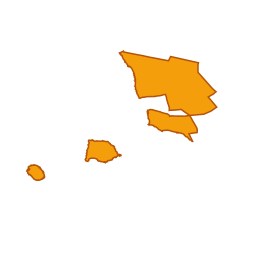 outline of Aiga i le Tai, A'ana, Samoa, rotated 301°
{"feature_id": "51752279B95310114006848", "entity_name": "Aiga i le Tai", "entity_type": "district", "adm_level": 2, "iso_a3": "WSM", "parent_name": "Samoa", "parent_adm1": "A'ana", "projection": "equal_earth", "projection_center": [-172.087, -13.857], "detail": "fine", "context": "isolated", "style": "filled", "palette": "amber", "viewbox_px": 256, "rotation_deg": 301, "n_neighbors": 0, "source": "geoboundaries", "source_scale": "gbopen_adm2", "svg_char_len": 5817}
<svg xmlns="http://www.w3.org/2000/svg" viewBox="0 0 256 256"><g transform="rotate(301 128 128)"><path d="M170.5,174.3L175.3,181.0L176.3,182.3L176.6,182.9L177.4,183.8L178.9,185.9L185.0,190.3L191.6,193.3L195.9,180.8L196.7,181.3L198.4,182.1L200.2,183.2L201.6,183.9L203.3,184.3L204.4,184.8L205.2,180.3L211.8,159.3L218.1,155.5L220.2,154.8L211.2,127.7L208.0,128.0L206.4,128.0L206.2,127.3L202.8,118.1L202.8,117.9L201.7,115.1L199.8,110.0L197.7,103.7L194.2,94.3L191.0,85.3L191.6,84.5L190.2,83.6L189.8,83.3L188.7,82.7L187.9,82.0L187.6,82.6L188.0,82.8L188.0,83.2L187.6,83.1L187.3,83.3L186.8,84.8L187.0,85.5L186.9,85.9L186.2,86.2L185.5,87.5L184.9,88.1L184.4,89.4L184.1,90.2L183.7,90.6L183.8,91.0L182.8,91.6L183.1,92.1L182.3,94.1L181.7,95.4L181.3,95.5L180.9,95.9L181.3,96.1L181.4,96.8L180.9,97.2L181.0,97.6L181.7,97.7L181.7,98.3L181.1,100.1L180.5,101.3L178.3,104.6L177.9,105.0L177.6,104.8L177.3,105.1L177.5,105.5L176.8,106.2L176.5,105.9L176.1,106.1L176.2,106.4L175.6,106.9L175.6,107.4L175.1,107.7L174.8,107.6L174.8,108.0L173.9,108.9L173.8,108.6L173.3,108.8L173.4,109.2L172.2,110.1L171.8,109.6L171.4,110.6L167.7,112.6L167.4,112.4L167.3,113.0L166.8,113.4L166.4,113.6L165.6,114.3L165.1,114.3L164.7,115.2L164.7,115.6L164.2,116.4L163.4,116.9L163.3,116.7L163.0,117.2L162.3,117.8L161.9,118.3L161.0,120.2L160.4,120.7L160.1,121.4L159.4,122.1L159.7,122.6L159.6,122.9L161.4,124.2L163.3,126.7L164.2,127.6L165.3,129.1L165.7,130.0L166.1,130.4L168.7,134.6L170.7,136.8L171.5,138.0L173.1,139.8L174.7,141.2L176.0,142.7L174.1,145.2L173.0,145.9L171.8,147.2L171.2,147.9L170.3,148.8L169.7,149.4L168.9,150.5L167.8,151.6L166.8,152.9L164.3,154.3L164.8,154.7L164.9,155.0L167.5,158.9L171.3,164.1L170.9,168.4L170.7,172.6L170.5,174.3ZM153.3,135.7L152.5,136.5L152.3,136.0L152.1,136.0L151.9,136.6L151.5,136.5L151.3,136.8L151.7,137.4L151.4,137.6L151.1,137.0L150.6,137.2L150.8,137.6L150.4,137.8L149.8,137.9L149.5,138.1L149.5,138.5L148.9,138.8L148.3,139.2L147.2,140.2L146.7,140.2L145.8,142.1L145.4,142.6L144.8,142.8L144.4,143.4L143.6,143.7L143.3,143.6L143.1,143.8L142.8,143.6L142.4,144.3L141.8,144.3L141.4,143.9L141.3,144.5L141.7,144.9L142.3,145.8L142.8,146.9L142.9,147.6L143.2,148.1L143.2,148.5L142.9,149.2L143.0,149.5L142.8,150.2L143.3,151.0L143.3,151.9L143.0,153.8L142.5,154.9L142.6,155.9L142.8,156.6L142.8,157.6L142.6,158.3L142.8,159.1L143.6,159.0L144.2,159.9L145.4,161.4L146.1,162.3L147.1,164.5L147.4,165.6L147.7,167.0L148.4,169.3L149.2,171.5L149.0,171.8L148.9,172.3L149.1,172.6L149.5,172.3L150.0,173.3L149.9,173.6L149.8,173.9L150.1,174.2L150.8,175.8L151.3,178.0L151.4,178.9L151.3,179.4L150.8,180.1L150.7,181.1L150.4,181.8L150.5,182.3L150.8,183.5L150.8,183.9L150.4,184.7L150.1,185.4L150.0,186.4L149.8,186.5L149.6,187.0L150.0,187.9L149.9,188.9L149.6,189.5L149.5,190.0L149.8,190.3L150.4,189.4L154.4,183.2L156.8,185.9L159.7,189.6L161.8,188.5L162.9,187.6L163.7,186.6L166.0,182.5L167.5,179.7L169.1,177.0L170.5,174.3L167.1,170.2L166.5,169.0L162.7,162.6L160.7,158.8L159.5,157.8L160.2,156.9L160.4,154.6L159.3,151.4L158.6,148.7L158.5,147.5L157.2,143.1L156.5,140.7L156.4,140.0L155.3,137.5L154.5,137.1L153.3,135.7ZM97.0,100.6L96.5,100.9L95.8,101.3L95.5,102.0L94.6,102.7L93.5,102.6L93.0,102.4L92.3,103.3L91.7,103.7L91.2,103.9L90.1,104.0L89.6,104.2L87.4,104.3L87.0,104.7L86.9,105.0L86.6,105.2L85.1,105.5L84.9,105.4L84.7,105.9L84.2,106.4L83.5,106.6L83.1,106.4L82.7,106.4L82.2,106.9L80.7,107.7L80.2,107.5L79.1,107.5L78.5,108.1L78.2,109.0L78.3,109.9L78.7,110.8L79.0,110.7L79.9,111.1L80.4,110.9L80.7,110.6L81.4,110.6L82.2,111.2L83.0,111.9L84.0,113.2L84.8,114.9L85.3,116.9L85.2,117.1L85.3,117.7L85.0,118.1L84.9,118.7L84.5,118.8L84.5,120.0L85.1,120.7L85.1,121.9L85.5,122.5L86.3,125.0L86.8,125.1L87.0,125.7L86.8,126.1L86.5,126.2L86.5,126.5L87.1,126.6L87.4,126.3L87.6,126.8L87.9,126.8L88.1,127.3L88.4,127.4L88.6,127.7L89.0,127.4L89.5,127.5L90.2,128.1L90.3,128.6L90.7,129.0L91.8,129.8L92.1,130.5L92.3,130.4L92.9,130.5L93.2,130.8L93.8,130.5L94.3,130.8L94.4,130.6L95.4,131.1L96.1,131.7L96.4,131.9L96.3,132.7L96.7,133.0L97.1,132.7L98.1,133.3L98.6,133.2L99.4,133.9L99.7,134.6L99.5,135.1L99.9,135.2L100.4,136.1L100.8,136.2L101.2,135.9L101.1,134.9L100.9,134.3L100.4,133.9L100.3,132.8L100.8,132.2L100.7,131.8L101.2,131.5L101.4,131.0L101.8,130.7L101.9,129.5L102.6,128.5L103.3,128.2L103.2,127.8L103.5,127.2L103.9,126.9L104.1,126.3L104.6,126.1L104.8,126.1L105.2,125.2L105.2,124.9L104.9,123.7L105.0,123.2L104.8,122.2L105.1,121.1L105.4,120.9L105.4,120.3L105.5,120.2L105.5,119.2L105.7,118.5L106.0,117.9L105.8,117.2L105.4,116.9L105.3,116.5L105.0,116.0L104.7,115.2L104.6,114.7L104.0,113.7L104.2,113.0L104.1,112.7L103.3,112.3L102.8,111.7L101.2,108.8L101.2,108.6L100.9,108.4L100.8,107.8L100.5,107.7L100.2,107.3L99.2,105.5L99.6,103.7L99.3,103.3L98.8,103.4L98.4,103.0L98.3,102.5L98.1,102.3L97.9,102.2L97.6,101.0L97.4,101.0L97.0,100.6ZM44.9,63.7L44.2,63.0L43.6,63.0L43.4,62.7L42.6,63.1L42.0,63.3L42.0,63.5L42.4,64.2L42.2,64.9L41.5,65.0L40.4,64.5L40.7,63.4L40.5,63.2L39.8,63.4L38.9,63.4L38.9,64.0L38.7,64.5L38.2,65.2L37.9,65.2L37.8,65.7L37.5,65.8L37.5,66.2L36.8,67.1L37.1,67.5L37.6,67.5L37.7,67.9L37.5,68.5L37.1,69.1L37.3,69.4L37.2,70.0L36.6,71.2L36.2,72.7L35.9,73.2L35.8,74.2L35.9,75.5L36.2,75.9L36.1,76.2L36.3,76.9L36.8,77.1L37.0,78.1L37.5,78.3L37.7,79.0L37.9,79.3L38.7,79.6L39.1,80.0L39.5,80.1L39.6,80.5L40.0,80.8L40.5,80.7L41.0,81.3L41.4,80.9L41.8,81.1L41.9,81.6L42.3,81.5L42.5,81.7L42.7,81.3L43.1,81.2L43.6,81.3L43.6,81.0L44.5,80.5L45.4,79.4L45.6,78.9L46.0,78.9L45.9,78.4L46.3,78.3L46.5,77.7L46.9,77.9L47.2,77.3L47.2,76.0L47.5,75.8L47.8,75.0L48.0,74.8L47.8,74.1L48.3,73.8L48.6,73.4L48.3,72.7L48.8,72.6L48.6,72.1L48.9,71.9L48.9,71.4L48.7,71.2L48.9,70.7L48.7,70.3L48.9,69.9L48.9,69.2L48.6,68.5L48.6,68.0L48.1,66.7L47.8,66.7L47.7,66.1L47.3,66.0L47.3,65.6L46.4,65.1L46.3,64.9L46.4,64.3L46.2,64.1L45.8,64.2L45.7,63.9L45.4,64.0L44.9,63.7Z" fill="#f59e0b" stroke="#b45309" stroke-width="1.5"/></g></svg>